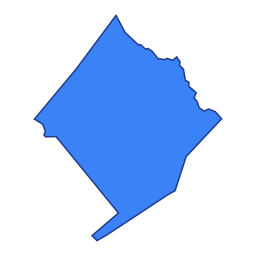 the district of Colorado, Texas, United States of America
{"feature_id": "52423323B95841930276474", "entity_name": "Colorado", "entity_type": "district", "adm_level": 2, "iso_a3": "USA", "parent_name": "United States of America", "parent_adm1": "Texas", "projection": "robinson", "projection_center": [-96.463, 29.605], "detail": "fine", "context": "isolated", "style": "filled", "palette": "blue", "viewbox_px": 256, "rotation_deg": 0, "n_neighbors": 0, "source": "geoboundaries", "source_scale": "gbopen_adm2", "svg_char_len": 593}
<svg xmlns="http://www.w3.org/2000/svg" viewBox="0 0 256 256"><path d="M92.1,235.6L97.0,240.6L106.7,235.0L167.9,194.7L175.1,190.7L186.2,156.5L221.6,118.8L215.2,111.6L208.4,109.0L204.2,111.2L199.2,107.7L197.3,102.0L194.2,97.8L196.2,92.7L188.7,86.2L189.0,82.2L185.4,80.4L183.4,69.1L179.5,65.4L180.0,61.8L176.7,57.0L172.8,60.3L167.0,58.4L164.4,59.6L158.0,58.6L152.1,51.2L148.1,48.5L145.4,49.1L140.4,44.5L138.6,45.1L125.1,32.5L116.0,15.4L76.5,68.6L34.4,119.1L42.7,124.2L45.3,131.0L44.0,135.0L45.5,136.8L56.1,136.6L118.4,213.0L92.1,235.6Z" fill="#3b82f6" stroke="#1e3a8a" stroke-width="1.5"/></svg>